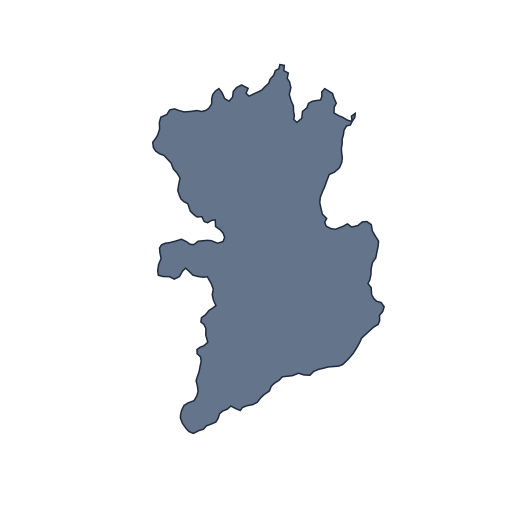 the district of Coluna, Minas Gerais, Brazil, rotated 201°
{"feature_id": "56859067B97930882461373", "entity_name": "Coluna", "entity_type": "district", "adm_level": 2, "iso_a3": "BRA", "parent_name": "Brazil", "parent_adm1": "Minas Gerais", "projection": "albers", "projection_center": [-42.832, -18.236], "detail": "fine", "context": "isolated", "style": "filled", "palette": "slate", "viewbox_px": 512, "rotation_deg": 201, "n_neighbors": 0, "source": "geoboundaries", "source_scale": "gbopen_adm2", "svg_char_len": 3454}
<svg xmlns="http://www.w3.org/2000/svg" viewBox="0 0 512 512"><g transform="rotate(201 256 256)"><path d="M214.5,416.0L220.0,415.6L224.3,416.5L228.8,416.6L234.4,417.5L236.3,422.8L235.8,427.4L239.9,431.5L242.8,435.2L246.6,435.9L251.8,436.9L253.4,432.7L251.6,428.5L251.7,424.7L255.2,422.9L258.9,420.6L261.7,417.3L261.6,412.5L264.4,407.6L262.6,400.9L265.7,395.4L269.7,397.0L270.5,400.9L272.8,404.5L274.8,409.4L279.0,413.7L282.8,418.7L283.8,425.7L287.0,430.5L290.5,433.0L291.4,438.4L296.4,439.0L297.9,444.1L302.3,443.3L301.8,439.0L304.4,436.1L304.2,431.3L306.2,426.0L306.0,421.9L308.3,417.3L310.1,412.9L312.7,410.1L316.2,406.5L319.7,402.8L323.6,404.3L323.4,409.7L330.8,410.5L334.6,406.1L336.2,401.4L334.8,396.0L336.6,390.9L341.7,391.7L346.1,396.2L350.6,399.0L352.9,395.6L354.2,391.5L353.8,387.2L351.9,382.0L352.9,377.2L355.0,373.9L358.6,371.4L363.4,370.6L368.5,367.7L374.6,364.8L380.2,364.2L384.7,364.2L388.9,361.5L389.9,356.2L394.6,351.5L394.1,346.0L391.5,340.0L391.1,333.7L391.9,329.3L393.2,325.2L390.7,320.5L387.2,318.0L382.7,316.9L377.8,316.9L373.3,314.7L368.6,312.4L364.3,307.6L359.4,305.1L354.9,301.6L353.7,294.8L352.5,289.1L349.4,285.3L346.6,282.4L342.9,280.9L338.4,280.4L335.6,277.0L333.3,274.2L329.2,272.5L325.2,271.3L320.6,273.3L316.7,269.6L313.1,269.7L310.3,273.3L307.0,275.1L304.3,269.0L298.7,267.6L295.0,265.6L291.9,262.1L292.0,257.6L296.6,254.1L303.2,254.3L307.0,253.2L311.3,251.1L315.4,249.0L318.0,244.4L321.9,243.3L326.2,244.5L331.7,244.9L336.8,240.8L341.7,237.3L345.3,235.4L348.2,232.6L348.9,228.8L346.8,224.5L343.7,219.6L343.9,213.2L342.5,207.0L340.3,203.0L335.1,203.6L329.4,205.7L324.0,205.1L320.1,209.4L319.2,215.4L317.4,219.4L313.6,218.0L308.0,215.5L302.7,216.1L297.6,217.3L294.0,219.2L291.1,216.8L287.9,214.2L284.0,209.7L282.9,204.0L280.1,199.8L275.6,195.3L278.0,191.6L280.4,188.2L282.1,183.0L284.8,178.9L283.8,174.6L280.1,173.5L276.8,170.4L274.6,164.2L270.1,158.2L272.5,153.5L275.5,150.8L277.6,147.5L276.0,143.7L271.7,142.0L269.5,138.2L268.7,133.2L267.6,127.2L267.5,122.2L267.2,118.0L264.2,113.8L261.6,108.9L261.1,104.3L262.0,98.7L266.7,94.6L269.7,90.6L270.1,85.7L269.7,81.5L268.6,77.8L264.8,73.5L259.3,69.8L255.6,68.1L250.9,67.9L246.9,72.4L243.0,75.5L241.4,79.7L237.9,82.8L234.0,86.5L233.2,90.6L233.5,95.6L231.6,99.3L227.9,102.7L225.7,106.9L220.4,106.3L215.3,106.1L214.3,109.8L210.6,113.1L205.9,116.0L202.3,120.0L201.0,124.7L199.0,129.1L195.1,134.9L195.1,139.9L193.4,143.6L190.0,148.1L188.0,152.8L183.4,155.1L179.0,157.4L174.3,161.8L168.8,162.1L162.9,164.0L160.8,169.0L156.8,172.7L152.5,175.6L148.8,178.3L144.4,180.4L139.4,182.8L136.3,185.5L133.9,190.5L132.1,195.0L130.3,200.2L128.9,207.5L128.2,212.8L128.0,217.1L125.5,222.3L123.3,226.6L120.9,231.4L117.4,236.0L117.4,240.1L119.4,244.8L117.8,249.7L118.2,254.6L122.5,257.4L127.2,257.0L130.6,258.4L134.2,261.3L137.1,267.7L141.6,270.4L141.2,274.2L142.0,279.7L144.0,285.7L144.9,291.9L143.5,297.0L144.5,302.8L145.5,308.9L146.9,313.8L151.4,317.1L156.3,321.0L159.6,326.6L164.9,327.9L169.0,325.9L171.8,320.9L177.1,317.3L182.2,318.8L185.2,315.0L188.3,312.3L191.2,309.5L195.9,308.4L201.2,309.0L204.0,312.2L203.4,316.3L209.1,318.9L212.8,324.3L215.6,328.7L217.0,333.8L217.0,339.8L216.7,344.8L216.9,352.9L216.8,358.4L212.8,362.4L209.7,368.3L209.5,374.5L210.9,379.3L212.9,382.8L214.8,386.9L215.8,391.9L217.5,396.0L217.7,399.9L218.9,405.1L218.1,409.9L214.9,412.1L214.5,416.0ZM214.5,416.0L213.4,420.8L214.5,424.7L217.0,420.8L214.5,416.0Z" fill="#64748b" stroke="#1e293b" stroke-width="1.5"/></g></svg>